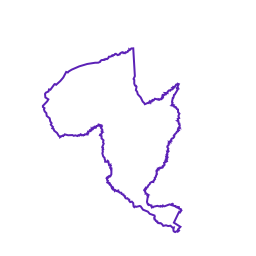 Aranyaprathet, Sa Kaeo, Thailand, rotated 295°
{"feature_id": "78962969B18658138340114", "entity_name": "Aranyaprathet", "entity_type": "district", "adm_level": 2, "iso_a3": "THA", "parent_name": "Thailand", "parent_adm1": "Sa Kaeo", "projection": "orthographic", "projection_center": [102.437, 13.671], "detail": "fine", "context": "isolated", "style": "outline", "palette": "violet", "viewbox_px": 256, "rotation_deg": 295, "n_neighbors": 0, "source": "geoboundaries", "source_scale": "gbopen_adm2", "svg_char_len": 5834}
<svg xmlns="http://www.w3.org/2000/svg" viewBox="0 0 256 256"><g transform="rotate(295 128 128)"><path d="M152.7,48.3L146.4,48.0L142.0,46.8L136.8,44.6L137.0,43.2L136.5,42.8L129.9,41.5L129.6,40.1L127.5,40.5L125.3,38.6L123.8,38.4L120.8,40.2L120.3,43.7L118.0,43.5L112.1,41.5L111.1,42.0L110.7,43.9L109.4,43.9L107.8,45.5L107.0,47.7L104.6,49.2L103.7,52.9L101.1,54.8L100.1,56.7L98.4,56.6L97.2,59.6L95.7,59.5L95.7,61.0L94.4,62.2L93.5,65.9L91.7,68.4L91.4,69.5L91.8,70.1L91.1,70.4L93.1,71.7L93.3,72.5L93.8,72.3L94.6,73.3L95.5,73.4L96.1,76.8L98.1,80.6L98.0,82.1L99.1,83.4L99.4,85.6L100.5,86.0L100.4,86.9L102.1,87.6L101.7,88.6L102.3,88.8L102.3,90.5L102.9,90.7L103.2,91.5L104.1,91.6L105.0,93.9L105.8,93.3L106.2,94.2L106.6,94.2L107.9,93.3L109.2,95.2L110.0,94.6L110.5,95.7L112.0,95.2L111.6,96.1L111.9,96.6L113.1,96.8L112.9,96.2L113.7,96.2L114.2,96.7L113.9,97.5L114.4,98.3L115.1,97.8L115.2,98.7L116.5,98.6L117.2,99.8L118.7,99.8L118.9,101.3L118.2,101.2L117.9,101.9L119.0,102.0L119.2,102.8L118.6,103.1L118.6,103.6L116.6,103.6L115.5,105.5L114.5,106.0L114.0,105.6L113.7,106.4L113.4,105.9L112.5,106.5L111.3,106.4L110.5,105.6L109.6,105.6L109.5,107.5L107.4,108.4L106.5,111.0L104.5,111.4L103.6,112.6L99.8,112.7L99.6,113.6L98.8,113.7L98.3,114.5L97.4,114.2L95.8,115.3L94.3,115.4L91.8,117.5L91.0,119.4L89.9,120.0L89.1,121.0L87.8,121.5L88.5,123.3L89.7,123.5L89.4,124.3L86.4,126.5L87.2,127.4L86.6,127.5L86.6,128.3L85.5,128.3L84.9,129.0L84.3,128.7L83.9,129.5L84.1,129.8L83.6,130.0L83.9,130.3L78.9,132.5L76.6,132.4L76.2,131.9L76.5,131.2L74.4,130.0L74.3,130.4L73.7,130.2L73.8,130.7L73.1,130.4L72.0,131.1L71.7,132.2L69.9,132.2L69.8,133.5L70.4,134.3L70.2,134.8L69.2,134.9L68.9,135.3L69.4,135.7L68.9,136.9L68.0,137.5L67.8,138.6L67.4,138.2L67.0,138.6L67.9,139.2L67.6,139.6L66.9,140.2L66.2,139.7L65.8,140.7L66.3,142.1L65.5,142.6L66.3,143.0L66.0,144.2L66.7,145.0L66.2,145.0L66.2,146.1L66.6,146.4L65.9,147.7L66.5,149.3L65.5,150.1L65.8,152.0L65.1,152.3L64.9,154.0L64.5,153.9L63.5,155.2L63.3,156.2L64.1,157.2L63.4,158.7L63.6,159.4L62.5,159.9L61.8,161.3L62.9,162.6L62.2,164.4L59.3,166.2L58.9,167.2L60.0,167.8L60.1,168.9L62.3,171.6L62.3,172.7L60.3,176.1L60.6,181.4L59.4,183.9L59.9,189.0L58.9,189.8L57.5,189.7L57.2,190.4L56.3,190.7L56.3,191.7L55.5,192.6L55.7,193.9L55.0,194.2L54.6,195.5L55.0,195.7L55.0,197.0L55.6,197.8L55.1,199.7L54.2,201.3L55.9,203.6L56.1,205.8L57.4,207.8L56.5,210.6L57.2,211.6L54.9,212.1L53.7,213.1L53.6,214.7L55.3,216.0L55.0,216.8L55.7,217.3L56.7,217.6L57.3,216.2L60.6,217.3L61.6,209.6L72.2,209.7L73.6,209.8L73.4,210.8L75.9,211.2L76.0,210.4L76.7,210.3L76.6,208.2L77.8,207.6L77.5,206.4L76.7,206.3L76.8,204.4L77.4,204.0L76.8,202.8L77.2,200.9L77.7,200.7L77.2,200.2L77.6,199.9L76.9,199.4L76.5,199.8L76.3,197.9L72.5,194.2L72.0,192.8L72.3,192.4L71.3,192.2L71.3,191.2L70.7,190.8L71.0,190.3L70.1,189.4L69.9,187.6L67.6,184.6L66.6,184.1L66.5,183.2L67.0,182.7L66.5,182.7L67.3,181.7L67.5,180.1L67.0,179.5L67.5,178.8L67.1,178.6L67.5,177.9L68.3,177.1L68.8,177.3L68.5,177.0L69.1,176.4L73.5,175.1L74.0,175.3L74.8,174.3L75.1,174.7L75.6,174.2L76.0,174.6L76.3,172.6L76.0,171.9L76.5,171.9L76.8,171.0L78.3,170.1L78.0,169.8L78.5,168.9L81.4,169.4L81.1,170.1L81.8,170.0L82.5,170.7L84.8,170.7L86.1,171.4L87.4,171.2L89.1,172.2L89.6,173.5L90.0,173.1L91.4,173.9L92.3,173.6L93.2,174.1L94.2,173.3L95.6,173.9L96.5,173.5L98.5,173.7L98.8,172.5L98.9,173.0L99.9,172.8L100.2,172.4L99.8,172.2L101.1,172.5L101.0,172.0L101.5,171.8L103.5,172.6L103.9,172.2L104.4,172.8L104.1,173.2L104.7,173.1L104.8,173.8L105.7,173.9L105.6,174.6L106.6,175.9L107.3,175.6L107.7,176.2L108.6,176.3L108.7,175.9L110.1,176.7L111.7,175.4L112.9,176.4L113.3,176.0L113.7,176.5L113.9,175.9L114.4,176.3L114.7,176.1L114.9,176.9L115.7,176.1L116.1,176.3L116.1,175.6L116.6,175.8L117.4,175.2L117.3,176.0L118.2,176.3L119.4,174.9L120.2,175.0L120.2,174.2L122.0,174.3L123.0,173.5L123.1,174.3L124.1,174.6L125.0,173.3L126.3,173.3L127.4,171.6L128.2,171.4L129.4,172.0L130.7,171.5L131.1,171.9L131.6,171.2L132.6,171.6L132.8,171.3L133.0,172.2L133.4,171.7L134.5,172.0L134.7,172.7L135.9,172.0L136.8,172.1L137.9,173.2L139.5,173.6L140.8,173.2L140.7,172.8L141.5,172.9L144.3,173.9L145.3,173.8L146.1,174.7L147.0,174.3L147.4,174.9L148.0,173.8L149.1,174.0L149.3,174.4L149.4,173.9L150.0,174.3L150.0,173.9L151.8,174.0L153.6,172.8L153.3,172.3L155.3,170.8L155.4,169.9L155.9,170.5L157.3,169.2L158.6,170.2L160.1,168.6L162.8,168.5L163.4,166.8L165.9,165.5L165.9,164.2L166.7,163.3L166.6,162.5L167.2,162.2L166.8,160.9L167.4,160.3L167.0,158.4L168.0,159.1L167.9,157.9L169.7,157.8L170.1,156.9L174.1,155.9L174.3,156.3L175.1,156.3L177.4,155.7L178.0,156.2L184.1,156.8L184.5,155.6L184.9,155.4L185.4,155.6L185.1,156.0L185.3,156.6L185.9,155.8L187.0,155.4L189.2,155.5L189.1,154.3L188.5,154.3L187.7,153.3L184.7,152.9L184.4,151.7L184.0,151.9L183.3,151.3L183.1,152.3L181.8,151.9L180.6,150.4L179.7,150.5L179.3,149.2L178.6,148.9L177.2,148.6L176.3,149.1L175.5,147.1L175.2,148.1L174.4,148.1L172.9,145.8L172.5,146.4L171.6,145.7L170.8,146.8L169.6,146.7L169.6,145.8L168.2,146.0L167.6,144.7L167.0,144.6L167.0,143.4L166.5,143.5L165.9,140.0L164.4,139.7L164.0,138.8L163.5,139.1L163.1,138.2L162.3,138.4L162.0,137.5L160.6,137.7L160.8,137.3L160.3,136.9L160.8,136.3L159.4,136.2L159.4,135.6L156.7,133.2L157.6,131.9L158.1,130.2L161.1,126.6L162.7,122.6L164.7,121.0L165.7,119.1L169.0,118.3L169.6,117.4L169.3,117.0L169.7,116.1L170.9,114.9L174.2,113.4L174.8,112.3L177.9,112.3L202.4,99.1L201.5,97.4L199.7,96.7L199.8,96.0L199.1,96.4L198.0,95.4L197.2,95.6L195.7,94.5L195.6,93.8L194.5,93.6L194.5,92.4L193.9,92.0L194.4,91.1L193.7,90.2L191.8,89.1L191.2,89.4L189.7,87.9L190.1,85.6L189.7,85.0L188.5,84.8L187.6,83.5L186.9,83.6L187.0,82.9L185.4,82.2L184.5,80.5L183.0,80.6L181.6,79.9L181.4,78.9L180.6,78.6L180.3,77.6L179.6,77.6L178.5,75.5L177.3,74.7L176.2,74.8L174.6,73.4L173.3,70.7L168.8,64.0L163.3,57.8L157.2,52.4L154.1,50.3L152.9,50.0L152.7,48.3Z" fill="none" stroke="#5b21b6" stroke-width="2"/></g></svg>